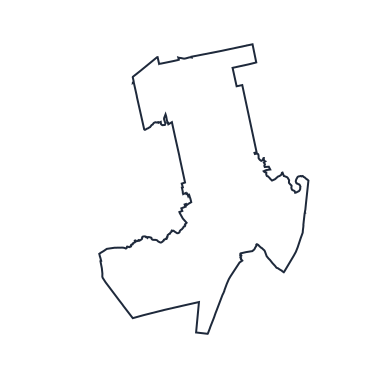 outline of Calugareni, Giurgiu, Romania, rotated 160°
{"feature_id": "2599482B39711091097472", "entity_name": "Calugareni", "entity_type": "district", "adm_level": 2, "iso_a3": "ROU", "parent_name": "Romania", "parent_adm1": "Giurgiu", "projection": "mercator", "projection_center": [25.989, 44.147], "detail": "fine", "context": "isolated", "style": "outline", "palette": "slate", "viewbox_px": 384, "rotation_deg": 160, "n_neighbors": 0, "source": "geoboundaries", "source_scale": "gbopen_adm2", "svg_char_len": 5901}
<svg xmlns="http://www.w3.org/2000/svg" viewBox="0 0 384 384"><g transform="rotate(160 192 192)"><path d="M178.2,330.5L178.7,330.6L199.9,323.2L208.1,320.5L208.3,320.3L208.4,320.2L209.0,315.8L209.3,315.5L210.1,315.1L210.2,314.9L209.3,315.2L209.2,315.2L211.0,301.5L211.3,299.9L215.5,267.2L215.1,266.6L214.5,266.5L212.8,266.9L211.6,266.9L209.9,267.3L209.2,267.3L207.4,268.5L207.1,268.7L205.8,268.9L204.9,269.6L204.1,270.0L202.6,270.1L201.8,269.5L200.4,269.3L199.9,269.2L199.9,268.5L197.4,268.6L197.9,266.6L197.6,265.7L196.9,264.9L194.6,264.3L193.3,265.8L193.5,266.9L193.4,269.7L193.0,270.9L190.3,274.0L190.4,271.9L191.1,267.8L191.2,265.1L190.8,265.1L191.0,263.7L187.0,264.5L189.0,249.8L191.5,230.5L191.8,228.8L192.6,223.0L195.3,203.3L198.6,203.4L198.6,203.1L198.8,203.1L199.0,199.5L200.0,199.6L200.6,195.2L201.0,194.3L200.9,193.5L201.0,193.0L198.0,193.2L198.0,192.1L197.0,192.1L197.0,189.5L196.2,190.3L195.7,190.4L195.7,189.2L195.8,188.3L195.8,186.3L196.0,184.3L196.2,182.7L199.5,182.1L201.8,181.4L201.7,181.9L201.7,182.8L203.2,182.8L203.2,181.1L203.1,180.4L207.6,180.3L207.6,177.5L210.7,177.5L210.7,176.4L209.7,170.2L207.6,164.9L208.1,164.6L208.9,164.3L209.7,164.0L209.7,163.9L209.7,163.2L209.9,162.7L210.5,162.2L211.3,162.4L211.6,162.3L212.1,161.9L212.5,161.4L213.3,161.1L213.9,160.6L214.5,160.4L215.5,160.2L216.6,159.6L217.0,159.3L217.3,158.7L217.6,158.4L217.8,158.3L218.8,158.1L219.4,158.1L219.9,158.3L220.1,158.4L221.7,160.5L222.5,161.8L222.7,162.0L223.7,162.0L224.1,162.7L224.3,162.6L224.5,162.5L224.7,162.0L225.0,161.6L225.6,161.4L226.3,161.2L226.7,160.6L226.9,160.4L227.2,160.3L227.8,160.4L228.1,160.4L228.9,160.0L229.5,159.9L230.1,159.0L230.3,158.3L230.9,158.3L231.1,158.0L231.4,157.1L231.7,156.8L231.9,156.6L232.2,156.6L232.7,157.0L232.8,157.1L233.1,157.0L233.5,156.8L233.9,156.7L234.6,156.8L234.8,156.7L234.9,156.3L235.2,156.0L235.9,155.9L236.7,155.4L238.4,155.1L238.9,155.3L239.5,155.8L240.6,157.0L240.9,157.5L241.2,158.3L241.6,158.8L242.7,159.5L245.0,160.4L245.6,160.9L245.9,161.5L246.0,162.1L245.8,162.6L245.9,162.8L246.1,163.2L247.3,164.0L248.2,164.5L248.9,164.6L249.4,164.2L249.5,164.5L249.6,165.0L249.8,165.2L250.5,165.0L250.8,165.4L250.9,166.0L251.1,166.2L252.0,166.6L252.8,166.8L253.6,166.9L254.2,166.6L254.4,166.4L254.5,166.1L254.7,165.6L255.1,165.0L255.3,164.9L256.2,164.6L258.1,164.2L258.5,164.3L258.1,164.9L258.3,165.1L258.7,165.1L259.6,164.7L259.8,164.6L261.4,164.7L261.6,164.8L261.6,165.7L261.8,165.9L262.3,165.9L262.5,165.8L262.6,164.7L262.8,164.3L263.2,164.2L264.4,164.1L265.0,164.0L265.3,163.7L265.5,163.2L265.9,163.0L266.8,163.3L267.3,163.1L267.8,162.6L267.8,161.8L267.9,161.7L268.0,161.7L268.9,161.8L269.4,161.5L270.2,161.9L271.1,162.6L271.6,162.9L271.8,162.8L272.7,161.6L273.2,161.5L273.5,161.5L274.2,162.2L275.3,163.0L276.6,163.6L283.8,166.1L291.5,167.7L295.4,166.7L298.6,166.1L300.3,165.6L300.4,164.3L300.6,163.0L300.6,161.7L300.8,159.7L300.9,158.3L301.7,158.3L302.8,151.2L304.1,146.0L305.2,143.2L305.3,142.0L304.1,136.7L301.5,128.2L298.5,118.4L297.6,115.4L295.9,110.1L295.4,108.2L290.8,93.7L279.3,92.8L257.9,90.6L238.6,88.2L223.1,86.2L236.2,58.6L225.8,53.4L225.3,53.8L222.0,57.6L220.8,59.1L215.3,65.3L213.5,67.4L212.9,68.2L211.0,70.5L209.3,72.4L198.6,84.8L196.8,86.5L196.3,87.1L195.5,87.9L195.2,88.5L190.8,93.7L187.2,97.5L184.8,99.5L171.4,109.5L168.2,110.3L168.3,110.7L168.9,111.8L169.0,112.3L168.9,112.6L168.6,112.8L168.4,113.1L168.5,113.3L168.9,113.6L169.0,113.9L168.8,114.4L167.4,115.2L167.3,115.4L167.3,115.6L167.4,115.8L168.0,115.9L168.2,116.0L168.3,116.2L168.2,116.3L167.7,117.3L167.6,117.6L167.4,117.7L167.2,117.7L161.7,117.0L155.4,115.8L154.4,116.3L153.6,116.5L152.5,117.2L152.1,117.6L151.7,118.1L150.0,119.3L149.9,119.4L149.8,120.3L149.3,120.7L149.0,120.8L148.8,120.7L147.9,119.7L147.6,119.0L147.1,117.8L146.3,116.4L146.0,115.8L145.3,115.1L145.2,114.7L144.8,113.9L144.2,112.8L143.9,112.2L143.8,111.0L143.8,107.5L143.8,106.1L143.2,104.4L142.9,103.5L141.9,101.3L140.7,97.6L139.2,94.1L138.5,91.9L137.2,90.8L136.7,90.0L135.3,88.2L134.6,87.5L134.3,86.7L133.2,85.2L132.3,85.8L118.2,97.3L114.9,100.2L111.6,103.9L105.6,111.5L101.9,115.9L100.8,118.3L99.5,120.8L98.7,122.5L98.7,122.8L96.7,126.9L93.4,133.5L93.0,133.6L93.1,133.8L93.0,134.0L92.7,134.7L91.5,136.7L89.0,141.9L78.7,162.9L79.4,164.4L79.8,164.6L80.7,166.3L81.2,167.3L82.0,168.0L82.3,168.9L83.0,169.4L83.7,169.2L84.5,169.9L85.1,169.9L86.7,170.2L87.6,170.0L89.7,168.2L90.5,167.1L90.8,166.6L90.9,166.3L90.9,166.0L90.9,165.4L90.9,164.8L90.8,164.4L90.6,164.1L90.4,164.0L90.2,164.0L90.0,163.9L89.7,163.3L88.6,162.4L88.6,162.0L88.4,161.8L88.3,160.8L88.3,159.2L88.5,159.6L88.9,159.0L89.2,157.9L90.4,156.7L91.4,156.2L93.1,156.1L93.9,155.9L95.3,156.0L95.2,157.5L95.7,158.3L96.8,159.3L97.2,159.8L97.3,160.3L97.3,160.7L97.2,162.0L96.3,163.7L96.4,164.4L96.8,165.0L97.7,167.2L97.7,167.6L97.2,168.9L96.7,169.8L97.2,172.5L97.4,173.0L97.6,173.4L99.8,175.4L100.2,175.6L100.3,179.3L100.6,179.3L101.0,179.2L101.6,178.3L102.2,177.7L103.4,177.3L104.5,177.1L105.9,177.1L108.2,176.2L109.1,175.8L109.8,175.6L112.9,175.4L114.1,177.9L114.2,178.4L114.4,178.9L115.1,180.3L115.3,180.8L116.1,181.3L116.2,181.5L116.2,182.3L116.3,182.9L115.5,184.9L116.4,185.4L117.2,186.2L117.5,187.0L114.7,187.2L110.8,186.4L111.2,189.5L115.1,190.6L115.1,191.8L114.8,192.3L114.1,192.8L114.0,193.2L114.4,195.1L112.7,195.7L113.3,196.3L113.4,196.8L113.4,198.3L112.9,199.3L113.2,199.4L113.9,198.7L114.9,197.7L116.3,197.6L117.3,199.1L117.8,200.7L117.8,201.2L117.1,203.1L116.9,204.2L116.9,204.9L117.6,205.7L118.3,206.0L119.9,206.2L119.9,207.4L117.7,207.3L108.2,275.3L113.9,276.1L111.4,294.8L95.3,292.6L88.8,291.9L87.3,291.8L84.6,310.1L89.6,310.8L90.1,311.0L90.4,310.9L108.7,313.5L115.9,314.5L146.2,319.3L146.3,318.5L147.1,319.0L148.4,319.4L152.3,319.7L153.8,320.0L154.7,320.5L156.6,321.7L158.4,322.6L158.9,323.0L159.1,320.8L160.0,320.8L164.7,321.4L177.5,323.3L178.1,323.5L178.4,323.7L179.1,323.6L178.2,330.5Z" fill="none" stroke="#1e293b" stroke-width="2"/></g></svg>